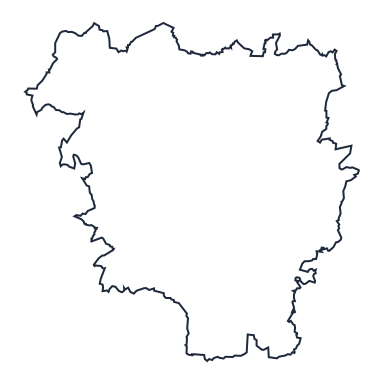 San Juan de los Lagos, Jalisco, Mexico
{"feature_id": "50627088B93334545972331", "entity_name": "San Juan de los Lagos", "entity_type": "district", "adm_level": 2, "iso_a3": "MEX", "parent_name": "Mexico", "parent_adm1": "Jalisco", "projection": "natural_earth1", "projection_center": [-102.298, 21.254], "detail": "fine", "context": "isolated", "style": "outline", "palette": "slate", "viewbox_px": 384, "rotation_deg": 0, "n_neighbors": 0, "source": "geoboundaries", "source_scale": "gbopen_adm2", "svg_char_len": 5816}
<svg xmlns="http://www.w3.org/2000/svg" viewBox="0 0 384 384"><path d="M94.1,23.2L92.7,26.1L86.3,31.8L86.0,32.9L84.4,32.9L81.8,35.9L78.5,35.7L75.2,33.2L71.9,31.9L68.0,32.0L65.9,30.9L61.8,31.7L60.0,33.1L55.2,43.1L55.2,52.3L52.8,54.7L53.6,56.3L56.5,57.9L57.1,59.2L53.1,63.1L49.9,69.6L48.9,69.6L49.4,72.5L46.7,72.3L46.5,74.1L42.3,80.7L37.6,85.2L36.8,88.7L28.2,88.5L27.6,90.0L25.2,91.8L26.6,92.6L26.7,94.4L32.5,95.6L31.4,99.3L31.6,101.2L33.0,104.8L32.8,106.3L36.6,114.6L37.1,112.1L41.4,109.8L42.1,108.0L45.5,104.9L48.5,104.3L50.7,105.1L51.7,106.5L53.4,106.8L56.1,110.0L59.5,110.3L61.7,112.1L63.3,112.1L67.0,114.0L70.5,113.6L75.1,114.5L77.8,114.4L79.3,113.4L81.6,114.2L83.5,112.6L81.4,118.9L80.3,119.3L79.1,127.3L77.1,128.4L71.3,135.2L66.9,142.5L63.6,138.7L62.1,140.5L60.9,147.3L59.1,147.5L61.9,156.9L59.8,163.2L60.8,166.2L62.5,164.5L64.3,164.3L67.6,164.9L69.1,166.6L74.2,168.5L75.2,163.4L73.2,156.4L73.8,154.7L75.9,155.2L78.2,157.3L81.1,163.8L83.1,164.4L89.2,163.0L90.8,165.5L92.0,173.0L89.7,174.0L87.7,177.1L85.8,177.2L85.1,179.1L82.2,178.2L86.7,185.5L89.1,186.3L89.9,192.9L91.6,194.7L92.2,199.0L93.6,201.4L94.0,204.3L94.8,205.6L94.6,208.0L87.7,211.0L85.5,214.0L82.6,213.6L80.5,215.8L76.4,215.1L74.5,216.3L81.3,219.2L83.8,221.6L84.3,223.7L85.8,223.8L85.8,224.6L89.4,225.5L91.5,225.1L94.6,227.1L94.7,228.1L96.9,227.9L96.5,229.0L95.5,228.9L95.3,231.2L94.3,232.5L94.4,234.5L93.3,235.4L92.1,238.6L91.4,238.7L91.7,241.0L90.6,241.8L101.8,237.6L103.2,238.5L106.0,243.7L109.7,245.0L110.1,246.4L112.3,246.8L112.7,248.8L113.8,248.8L113.3,249.9L104.3,255.4L102.1,255.6L98.6,258.4L93.8,264.8L94.5,266.1L95.6,265.5L100.0,265.9L101.6,266.4L101.9,267.5L103.6,268.5L104.8,268.2L100.7,279.0L99.7,283.7L102.6,284.6L103.1,287.2L102.6,291.1L107.0,290.5L108.5,291.8L109.7,288.8L112.3,286.1L115.5,286.8L118.6,290.7L121.3,292.1L122.3,292.1L124.3,290.5L124.1,287.9L125.1,289.4L128.2,287.7L130.4,292.0L133.8,293.6L136.6,290.7L144.0,288.2L146.2,288.1L149.2,290.0L154.0,288.4L154.2,290.7L163.8,293.2L163.9,295.9L165.9,298.0L170.5,298.0L171.3,299.4L173.8,300.0L174.1,301.9L178.8,303.1L186.9,313.6L186.4,316.0L188.0,318.1L187.2,328.4L188.7,333.4L186.5,337.1L187.0,338.4L186.5,345.3L185.7,345.3L186.8,346.8L186.5,353.3L188.6,354.7L191.9,355.2L192.0,354.3L193.3,354.7L193.5,354.2L204.2,355.0L204.8,358.9L207.1,361.0L209.0,359.1L212.2,360.0L214.0,358.0L217.7,356.8L219.4,357.8L223.6,358.5L225.3,356.8L232.9,357.0L234.6,355.6L240.8,355.8L244.7,353.9L246.7,352.4L247.7,334.5L253.8,335.2L254.5,338.9L256.6,340.1L256.6,345.6L261.8,349.7L263.7,349.8L268.2,347.5L268.8,357.2L277.0,358.3L279.0,356.7L285.6,355.4L287.6,354.2L290.5,354.6L292.5,352.2L294.3,353.0L294.7,352.2L293.9,349.6L296.0,348.4L297.2,345.6L299.1,343.9L300.7,338.2L297.1,337.6L296.3,334.8L297.1,334.2L297.1,333.1L294.9,332.1L294.6,330.9L295.1,328.3L294.7,325.2L293.2,324.4L290.8,320.9L289.1,321.9L287.9,321.0L292.8,313.0L295.0,312.0L294.3,310.1L292.5,311.2L294.1,307.7L292.4,302.1L293.0,301.1L294.9,301.1L293.9,298.1L294.0,294.1L295.1,292.1L293.2,290.9L296.0,290.1L297.0,288.3L299.8,288.3L300.5,287.3L297.2,282.2L298.7,281.0L295.4,280.4L295.6,278.0L297.1,277.2L299.6,278.0L300.7,281.4L303.7,284.1L305.7,283.7L309.3,280.9L314.7,282.6L315.1,281.0L313.2,276.0L314.0,274.1L315.7,273.3L315.2,271.3L315.7,269.8L313.7,270.7L312.2,268.9L310.6,269.0L308.5,270.4L307.8,271.9L299.9,269.7L302.3,263.7L304.5,261.3L309.4,261.1L312.1,260.4L313.0,259.1L316.1,259.0L317.2,254.2L316.6,251.3L321.0,251.7L319.6,250.6L320.8,249.5L321.5,250.6L321.7,247.6L323.6,247.8L323.5,249.3L327.0,248.4L328.0,250.6L329.1,250.9L333.4,247.2L336.1,242.2L338.0,242.0L340.7,239.8L341.4,237.8L337.9,230.2L339.1,228.4L338.4,226.1L339.3,224.7L336.8,221.0L338.8,220.0L338.7,218.2L340.6,213.7L339.9,207.0L341.6,203.1L341.5,201.8L342.2,201.5L343.9,198.2L343.3,190.9L345.1,186.9L346.4,181.3L350.8,180.2L355.8,176.5L354.3,174.9L357.7,173.8L358.8,170.9L358.7,170.0L352.2,167.3L350.6,167.9L346.3,167.1L342.7,169.3L341.3,169.4L339.5,168.1L339.4,163.9L350.1,153.4L351.4,145.7L335.6,149.3L336.2,143.7L333.1,142.8L332.7,141.2L329.5,139.7L329.7,138.4L321.8,139.7L320.0,142.6L317.6,141.0L320.7,136.5L322.2,131.8L326.3,128.9L326.3,126.2L327.7,124.5L327.7,123.0L326.5,122.6L328.5,118.0L326.4,117.5L326.4,110.8L325.1,110.6L326.2,101.8L328.9,93.2L331.7,90.9L336.7,90.1L344.2,86.0L341.9,85.2L339.9,76.0L341.1,74.4L337.9,68.1L337.4,65.1L336.5,64.3L337.2,63.2L336.2,61.3L336.4,60.2L335.3,59.5L334.9,54.0L336.6,51.0L334.7,49.6L332.6,52.4L330.7,51.3L328.6,52.1L326.2,56.4L324.6,55.2L322.8,55.5L322.3,54.3L321.9,55.4L320.0,54.4L317.6,50.4L316.2,50.0L311.7,45.2L310.0,44.5L309.3,41.7L308.1,40.3L307.1,44.6L297.9,45.9L295.0,49.1L292.4,50.3L289.0,49.8L286.9,52.6L284.6,53.8L281.4,53.7L278.7,55.3L276.7,55.0L274.8,53.9L275.2,51.8L277.1,49.3L276.0,43.0L279.9,35.5L279.7,33.6L278.3,34.4L272.9,34.5L273.1,37.7L270.5,37.6L266.7,40.6L266.3,39.8L265.1,40.3L265.4,43.3L264.6,43.4L263.5,48.7L263.5,49.3L265.3,49.2L265.1,52.2L263.7,52.3L262.8,56.2L250.5,55.9L252.2,51.2L249.3,49.3L244.3,48.4L238.0,42.6L236.8,40.4L234.7,41.7L233.7,43.9L232.9,43.5L232.1,45.1L230.8,45.4L231.0,47.2L230.5,46.5L229.4,48.3L226.2,48.5L225.3,47.6L223.3,49.1L222.6,48.9L221.9,49.7L222.6,51.9L219.7,52.4L219.2,53.9L216.7,52.2L215.5,54.3L212.0,54.2L209.8,52.4L208.5,53.2L206.3,53.1L204.4,55.3L203.0,54.8L202.9,55.6L201.7,55.7L200.8,55.5L200.9,54.7L193.0,52.8L192.8,51.8L191.1,51.4L190.6,53.7L187.8,53.2L187.3,51.9L184.8,50.4L179.4,49.4L178.8,45.6L176.5,41.2L177.1,39.8L175.6,37.6L174.1,37.3L174.3,35.8L172.9,35.6L173.2,32.7L171.5,31.8L173.6,27.9L163.3,23.0L158.1,25.8L155.9,26.0L155.0,28.6L153.6,29.6L135.9,37.8L132.1,41.7L131.1,41.8L129.5,45.0L128.0,45.1L128.0,47.3L126.7,47.4L127.5,49.0L126.7,51.5L126.1,50.6L123.0,51.3L121.4,50.5L118.5,52.2L116.4,48.6L109.8,47.8L109.3,38.8L107.3,31.1L103.1,31.3L102.5,30.2L99.6,29.7L98.9,26.0L94.1,23.2Z" fill="none" stroke="#1e293b" stroke-width="2"/></svg>